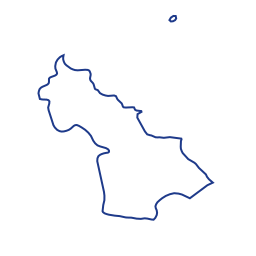 Bình Thuận, Natural Earth projection, rotated 254°
{"feature_id": "VNM-496", "entity_name": "Bình Thuận", "entity_type": "Province", "adm_level": 1, "iso_a3": "VNM", "parent_name": "Vietnam", "parent_adm1": "", "projection": "natural_earth1", "projection_center": [108.248, 11.033], "detail": "fine", "context": "isolated", "style": "outline", "palette": "blue", "viewbox_px": 256, "rotation_deg": 254, "n_neighbors": 0, "source": "natural_earth", "source_scale": "10m", "svg_char_len": 2220}
<svg xmlns="http://www.w3.org/2000/svg" viewBox="0 0 256 256"><g transform="rotate(254 128 128)"><path d="M215.7,86.1L213.6,85.1L211.7,84.6L209.5,84.6L207.2,85.0L205.2,86.1L201.0,89.4L199.5,91.2L198.3,93.0L197.3,95.6L195.8,102.9L194.9,105.4L193.8,106.6L192.3,106.9L190.2,107.0L189.0,106.6L186.3,105.2L184.7,105.0L183.5,105.3L181.0,106.6L179.6,107.0L174.9,107.0L174.2,107.4L172.7,109.4L169.2,110.7L167.1,112.8L165.4,115.4L164.3,117.7L163.1,123.6L161.9,125.2L158.8,125.7L157.8,126.1L153.4,128.7L152.1,128.9L150.0,129.0L149.1,129.5L148.3,131.4L146.7,138.1L146.1,139.5L143.7,139.8L142.5,140.9L140.6,145.4L139.8,145.4L138.7,141.0L135.4,139.8L120.1,143.3L116.6,144.7L115.1,147.0L114.4,148.4L111.5,151.9L110.8,153.9L110.4,155.7L108.7,159.7L107.7,165.7L103.1,176.3L102.3,176.3L100.9,175.3L95.4,173.5L93.4,173.1L90.7,173.3L88.8,173.7L81.5,177.3L76.3,182.3L74.6,183.4L70.0,185.2L61.9,190.1L59.3,190.5L56.4,191.7L52.1,194.5L51.1,188.5L43.4,168.1L49.2,161.5L51.0,158.5L52.6,154.4L52.8,150.0L52.3,145.6L51.1,141.5L49.9,138.6L48.5,135.8L46.9,134.0L45.2,132.8L43.2,132.6L41.1,132.9L38.5,132.6L36.4,131.6L34.1,129.5L32.8,127.3L33.6,125.3L35.6,121.6L36.6,119.1L37.1,115.3L38.5,111.3L40.9,106.5L42.2,102.4L42.8,100.9L45.6,95.7L47.4,91.1L50.0,85.6L51.3,83.5L52.5,81.9L53.5,81.2L54.0,80.8L55.0,80.6L60.8,83.0L65.1,85.4L69.5,86.7L73.2,87.3L104.6,89.3L107.3,90.3L109.1,91.8L109.9,93.7L110.2,95.5L110.3,97.7L110.1,100.3L109.9,101.4L109.9,102.3L110.4,103.2L111.6,103.5L113.1,102.9L114.8,101.2L118.0,96.1L119.7,93.9L122.3,92.2L125.4,91.1L130.6,90.2L134.4,88.6L138.1,86.3L141.2,83.7L143.6,81.4L145.0,79.6L145.3,78.0L145.0,76.5L143.2,72.8L142.5,70.5L142.3,68.0L142.4,65.4L142.9,63.1L143.9,61.3L145.7,59.4L148.7,57.8L151.3,57.1L167.0,56.6L169.7,56.9L173.3,59.1L175.3,59.8L176.7,59.2L177.7,57.6L179.1,53.3L180.2,51.3L186.0,51.5L188.0,52.5L189.7,53.7L190.7,55.3L191.2,57.0L191.7,61.0L192.0,62.6L192.8,64.0L194.0,64.7L197.1,65.6L197.9,66.6L198.2,68.1L198.5,72.2L199.0,73.9L199.9,74.8L201.2,75.0L205.1,74.6L207.5,75.1L210.9,76.8L213.2,79.2L214.8,82.0L215.4,84.0L215.7,86.1L215.7,86.1ZM220.3,197.6L222.3,199.7L223.2,202.5L222.5,204.7L220.0,204.5L218.7,203.0L218.2,200.7L218.6,198.6L220.3,197.6Z" fill="none" stroke="#1e3a8a" stroke-width="2"/></g></svg>